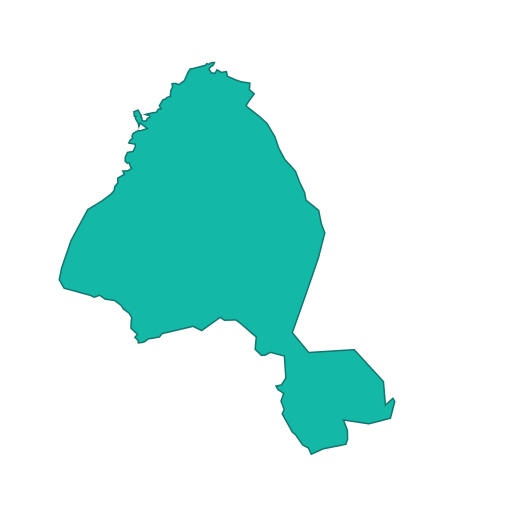 the district of Odou, Larnaca, Cyprus, rotated 109°
{"feature_id": "46923920B76521760601459", "entity_name": "Odou", "entity_type": "district", "adm_level": 2, "iso_a3": "CYP", "parent_name": "Cyprus", "parent_adm1": "Larnaca", "projection": "robinson", "projection_center": [33.154, 34.895], "detail": "fine", "context": "isolated", "style": "filled", "palette": "teal", "viewbox_px": 512, "rotation_deg": 109, "n_neighbors": 0, "source": "geoboundaries", "source_scale": "gbopen_adm2", "svg_char_len": 2329}
<svg xmlns="http://www.w3.org/2000/svg" viewBox="0 0 512 512"><g transform="rotate(109 256 256)"><path d="M346.0,80.2L354.9,85.1L333.3,94.6L312.6,132.7L330.1,174.7L316.7,196.7L275.4,196.4L237.6,196.4L211.7,198.5L210.5,199.6L209.9,200.1L204.1,204.8L192.5,211.6L186.9,226.9L180.1,230.8L171.8,239.0L163.0,246.3L160.1,251.5L158.0,255.3L155.6,259.9L146.7,269.5L136.9,277.2L127.0,288.9L123.3,297.4L117.6,313.7L117.1,314.3L115.1,313.9L110.8,312.9L103.3,310.4L100.8,316.4L94.5,318.1L96.1,326.6L96.1,333.0L95.4,341.5L91.3,344.0L93.7,348.5L92.9,352.0L92.7,353.5L96.6,354.2L97.3,357.8L94.6,361.4L92.4,360.7L89.2,358.5L86.6,358.3L87.5,360.7L90.0,363.0L90.2,365.2L92.2,365.9L99.4,376.8L100.6,379.2L104.4,380.1L109.3,380.5L113.5,380.8L117.2,383.4L119.0,384.5L119.1,388.8L120.6,391.5L123.3,389.9L127.2,390.4L131.4,389.5L132.7,388.7L135.3,392.0L136.9,392.5L138.7,394.9L145.3,396.3L147.8,393.7L148.8,396.1L150.5,396.5L152.4,396.9L155.0,401.7L156.6,404.3L158.2,406.6L158.1,404.8L157.7,402.6L159.3,401.7L161.5,403.6L164.1,403.7L165.3,407.5L162.3,409.2L162.3,410.0L160.6,410.1L158.8,412.4L156.4,415.0L159.4,418.4L163.5,416.5L163.4,414.9L165.1,414.9L168.2,411.4L168.7,410.7L171.7,408.9L168.1,408.7L170.8,400.3L175.3,406.1L175.6,408.1L180.1,412.1L183.2,412.3L184.7,410.9L187.2,412.6L190.6,413.1L189.6,406.6L191.6,405.7L197.1,406.2L199.9,411.2L205.1,411.8L209.0,410.6L210.2,407.8L209.2,406.3L212.6,403.5L213.8,402.2L217.2,405.0L219.1,409.7L221.5,407.0L227.4,412.1L231.8,410.4L236.2,412.1L240.5,411.5L244.8,413.3L254.4,419.8L266.9,430.2L301.6,435.9L330.6,435.9L342.5,434.3L347.9,428.1L348.9,426.9L347.1,399.7L347.7,395.6L344.0,391.0L345.9,384.6L344.1,375.4L346.6,367.4L349.4,363.8L351.4,357.3L354.7,353.4L358.9,352.6L365.0,350.7L368.7,342.5L372.3,344.0L374.2,339.9L376.5,339.0L374.6,335.1L373.0,333.2L369.5,330.9L364.0,320.9L360.0,319.6L343.0,292.6L344.2,283.1L325.7,269.9L327.0,264.9L323.0,254.3L324.8,248.5L328.8,238.6L330.3,235.3L332.4,229.4L344.5,226.4L348.2,218.5L346.7,215.0L342.4,211.0L341.3,196.6L361.6,188.1L369.6,189.9L372.5,194.8L375.3,191.5L376.8,185.1L385.1,185.1L389.5,181.4L391.9,179.4L396.8,179.8L409.0,166.1L410.5,164.7L412.0,160.6L419.5,150.3L420.4,144.1L425.4,139.2L416.5,129.8L404.8,109.8L399.5,109.7L391.0,112.9L382.6,119.9L377.9,94.6L365.6,76.1L348.5,77.4L346.0,80.2Z" fill="#14b8a6" stroke="#0f766e" stroke-width="1.5"/></g></svg>